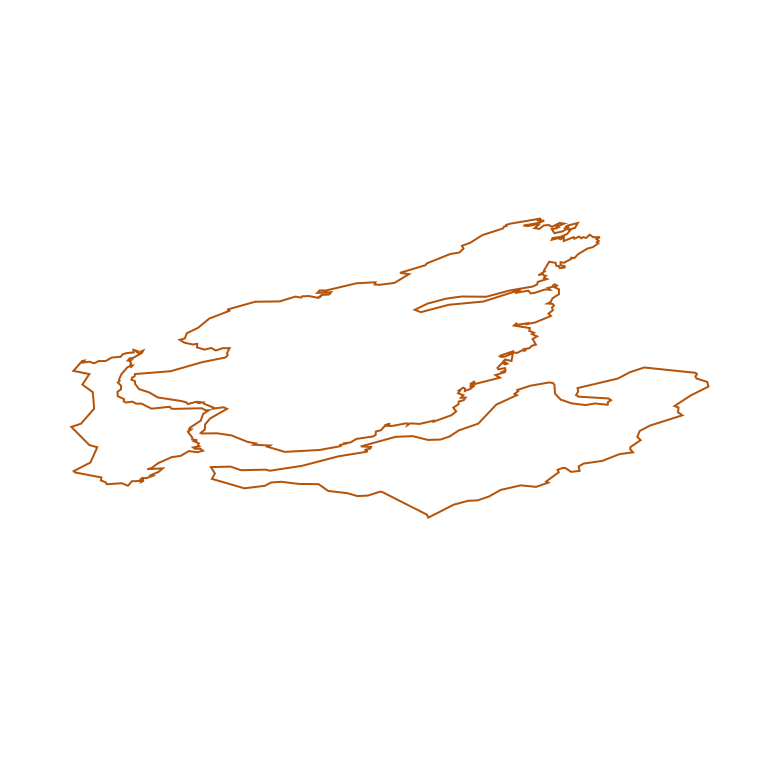 Tjeldsund nor, Nordland, Norway (Equal Earth projection), rotated 171°
{"feature_id": "86288312B94702681329617", "entity_name": "Tjeldsund nor", "entity_type": "district", "adm_level": 2, "iso_a3": "NOR", "parent_name": "Norway", "parent_adm1": "Nordland", "projection": "equal_earth", "projection_center": [16.297, 68.509], "detail": "fine", "context": "isolated", "style": "outline", "palette": "amber", "viewbox_px": 768, "rotation_deg": 171, "n_neighbors": 0, "source": "geoboundaries", "source_scale": "gbopen_adm2", "svg_char_len": 6158}
<svg xmlns="http://www.w3.org/2000/svg" viewBox="0 0 768 768"><g transform="rotate(171 384 384)"><path d="M492.7,332.5L457.9,328.9L436.6,329.4L436.9,330.6L432.4,331.0L433.9,331.7L426.3,331.5L419.7,334.1L402.9,333.9L400.1,335.1L399.5,338.4L394.3,338.8L390.2,342.1L386.5,342.6L388.1,343.4L387.0,343.7L385.2,343.7L386.3,342.0L382.0,341.3L368.4,341.7L366.2,341.0L367.2,339.7L364.2,341.0L354.9,339.0L340.7,340.0L341.0,339.0L322.4,342.6L317.0,345.6L319.3,349.8L313.7,352.3L312.9,355.0L307.8,355.5L305.6,357.8L310.1,358.4L307.4,360.5L312.3,363.3L310.2,365.3L311.2,365.8L306.3,368.0L304.7,366.8L305.2,364.5L299.9,365.5L296.4,367.4L299.8,368.0L295.9,369.0L296.2,370.4L299.2,370.3L294.7,372.2L294.0,369.8L268.5,372.1L272.5,375.4L261.9,376.9L264.5,377.7L261.8,378.4L262.0,380.8L268.9,380.6L269.4,382.2L263.6,386.5L261.3,384.4L259.0,384.8L262.4,387.9L260.6,389.2L254.5,386.8L251.9,394.2L260.0,392.2L263.4,392.2L265.3,393.3L264.4,393.9L251.3,396.1L251.4,395.0L247.7,393.9L242.6,395.6L239.7,394.8L238.6,395.8L241.7,396.6L234.7,396.6L232.3,398.6L227.8,399.1L230.2,405.2L225.4,407.1L230.1,410.2L227.8,411.1L232.2,413.8L231.2,416.4L246.5,421.4L243.8,423.1L242.8,421.6L233.7,421.6L235.2,420.7L224.7,421.2L208.5,425.1L210.5,427.8L205.6,430.5L206.2,433.2L203.9,435.0L205.0,436.8L209.9,437.9L206.6,439.0L204.0,442.4L197.2,445.3L196.4,450.2L200.5,452.9L197.7,454.2L199.8,455.8L201.7,454.9L201.4,453.7L207.1,453.2L205.3,451.1L210.0,452.2L221.4,450.4L225.0,450.6L226.9,453.6L240.4,453.4L236.4,455.1L237.5,455.3L273.0,449.9L307.5,452.1L336.4,449.2L342.0,452.5L328.4,456.6L309.4,458.6L293.8,458.3L269.4,454.2L245.1,456.7L221.8,457.0L217.1,458.4L216.2,460.8L206.8,462.2L209.4,463.6L207.2,465.6L209.5,466.4L209.9,468.0L214.5,467.2L207.5,470.2L208.2,471.2L201.7,478.9L195.5,476.8L195.3,473.8L193.2,473.2L192.2,471.0L187.3,470.8L187.2,472.2L191.2,473.7L190.5,476.7L187.2,475.6L178.8,478.6L180.2,479.6L176.1,478.7L171.9,481.9L161.7,486.0L156.3,486.5L150.3,489.5L151.5,490.8L149.5,491.7L151.5,493.9L147.7,495.3L154.2,496.2L157.6,499.3L161.3,496.6L164.5,497.9L166.3,497.0L168.2,499.1L173.3,497.7L173.7,499.4L184.1,497.1L183.4,500.8L186.9,499.3L189.3,500.8L195.6,500.3L194.6,501.5L195.7,501.8L186.4,501.7L179.6,503.6L176.2,506.6L177.5,507.5L170.9,508.3L167.4,512.7L177.5,511.8L180.3,510.9L177.5,511.2L177.3,509.7L180.8,509.5L179.8,508.4L183.8,506.8L192.1,506.3L194.1,510.8L189.4,510.8L186.9,511.6L188.5,512.6L181.0,514.2L185.2,515.6L193.5,513.0L196.5,515.3L201.4,515.6L206.3,512.9L210.9,514.4L204.9,517.9L217.2,517.5L221.6,518.7L205.9,518.9L200.2,520.3L207.4,521.5L202.9,522.9L234.4,522.6L238.4,522.0L238.3,520.8L240.7,520.8L242.2,519.0L263.5,515.7L276.7,510.0L285.4,508.3L284.3,505.3L289.0,502.1L298.4,502.0L323.0,496.4L324.3,494.9L350.8,491.3L342.1,488.6L357.9,482.2L373.1,482.7L377.7,483.8L376.5,485.8L395.4,487.8L426.7,485.4L433.0,486.5L435.6,484.4L421.9,482.9L424.2,481.0L431.6,481.7L433.4,480.7L432.0,480.2L435.4,479.9L434.5,479.0L444.3,482.6L451.2,483.4L452.3,482.3L457.8,484.2L474.1,481.9L498.3,485.4L526.4,482.1L526.8,481.0L524.3,480.6L546.3,476.0L558.8,468.6L570.8,465.0L573.6,460.2L578.8,459.6L574.6,456.0L566.6,452.9L562.2,452.9L563.0,449.4L556.0,446.1L548.9,446.6L544.9,443.4L537.8,444.6L530.9,443.6L534.2,439.1L533.8,437.0L536.4,435.0L560.3,434.0L592.8,430.0L628.4,432.8L629.1,430.7L631.7,429.7L632.8,427.9L629.5,425.7L629.8,423.1L626.8,417.3L617.3,412.5L609.5,406.1L587.2,399.0L581.9,396.7L580.9,394.9L572.2,395.8L570.1,395.3L571.2,394.9L570.3,394.2L564.9,394.1L564.9,392.7L555.9,387.2L556.9,386.4L546.0,386.1L542.9,384.0L561.1,377.2L567.0,372.1L568.1,367.0L572.8,364.3L572.0,363.7L556.5,361.4L542.5,357.0L527.9,348.2L520.0,345.4L522.3,344.4L506.3,341.1L508.8,340.2L492.7,332.5ZM567.9,329.0L565.0,322.1L568.8,317.2L538.2,302.8L517.6,302.1L510.9,304.4L500.8,303.5L483.7,298.6L464.3,295.3L455.8,287.1L437.3,281.9L427.9,277.5L417.3,276.3L404.6,278.3L402.4,277.4L362.0,248.2L361.2,245.1L334.1,253.9L319.1,255.5L309.7,254.4L297.8,256.5L285.5,261.1L264.8,262.5L249.9,258.6L237.2,260.9L239.1,262.3L225.2,269.5L226.0,272.0L221.7,273.0L218.4,272.9L212.8,267.9L204.4,267.6L204.6,272.1L199.3,274.2L180.4,273.9L162.4,277.9L148.8,277.6L151.0,280.9L150.5,283.1L139.3,288.4L142.1,292.2L138.8,297.6L128.0,301.3L94.2,306.4L98.0,310.0L96.8,314.7L100.5,316.8L82.6,324.8L63.9,330.7L64.4,335.5L74.4,340.5L75.3,342.8L73.3,344.8L74.6,346.3L124.4,359.6L139.2,357.2L152.1,352.8L193.5,349.7L193.4,346.2L196.0,343.0L193.9,341.1L164.6,334.6L162.3,332.5L165.6,331.1L166.3,328.5L178.8,331.8L188.2,331.6L201.9,335.6L212.0,341.0L216.6,347.7L215.8,356.5L217.0,358.6L220.8,359.7L239.7,359.4L253.3,357.2L252.6,355.9L256.6,353.8L254.5,352.2L276.3,346.1L297.1,330.1L317.3,326.5L327.7,321.8L337.0,320.3L349.4,321.9L363.8,328.0L380.8,330.0L416.7,326.0L406.6,323.8L407.5,322.4L413.5,321.9L411.1,321.0L411.5,319.8L440.2,319.7L477.7,316.0L510.4,316.2L514.2,317.9L538.6,321.2L548.5,326.4L567.9,329.0ZM704.1,346.5L702.8,344.9L677.7,335.9L678.7,333.0L674.2,330.4L673.6,328.4L658.5,327.0L652.8,323.6L648.2,327.4L638.8,326.2L639.3,325.2L637.0,325.9L637.0,327.3L639.0,328.2L637.5,329.0L633.4,328.2L626.4,329.6L628.3,330.5L620.3,332.5L615.8,335.3L631.1,336.9L626.8,337.3L619.6,341.1L605.0,345.0L596.1,344.8L587.3,348.3L579.0,345.8L573.3,346.4L575.5,348.8L580.8,349.5L582.4,351.2L576.2,351.4L577.2,352.5L576.2,354.3L580.5,357.1L577.3,357.7L582.1,359.2L581.7,361.1L585.2,367.5L581.6,369.3L583.6,369.7L582.7,371.1L570.8,376.4L567.3,382.7L561.1,385.5L564.2,385.8L567.6,388.5L595.2,392.3L598.0,393.0L599.0,395.0L617.5,396.0L626.5,402.5L631.8,403.3L635.2,405.9L641.9,406.1L643.8,407.6L643.1,409.7L648.9,413.6L648.4,418.1L644.8,419.6L643.9,423.4L646.7,427.1L644.6,428.4L645.1,429.7L641.8,434.8L634.9,440.6L631.8,441.4L631.1,440.3L629.3,441.7L631.7,442.4L630.5,444.6L631.8,446.5L630.6,447.0L633.3,447.3L631.3,449.1L628.2,448.9L618.3,452.5L616.6,454.7L622.1,453.3L623.5,454.7L622.6,455.2L626.2,457.0L626.3,454.3L632.8,454.8L637.3,454.3L639.8,452.1L648.8,452.7L655.4,450.2L662.3,451.3L667.1,449.8L671.4,452.1L678.3,452.3L676.3,454.0L678.5,454.0L688.7,445.5L673.5,439.9L682.0,430.6L672.9,421.5L674.1,405.0L689.5,392.2L699.5,390.5L684.5,369.7L677.1,366.4L686.2,352.4L704.1,346.5Z" fill="none" stroke="#b45309" stroke-width="2"/></g></svg>